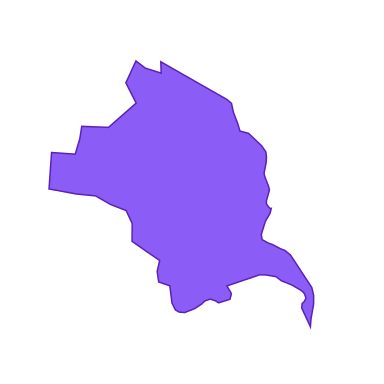 an SVG outline of Jekabpils, rotated 13°
{"feature_id": "LVA-5725", "entity_name": "Jekabpils", "entity_type": "Municipality", "adm_level": 1, "iso_a3": "LVA", "parent_name": "Latvia", "parent_adm1": "", "projection": "robinson", "projection_center": [26.096, 56.281], "detail": "fine", "context": "isolated", "style": "filled", "palette": "violet", "viewbox_px": 384, "rotation_deg": 13, "n_neighbors": 0, "source": "natural_earth", "source_scale": "10m", "svg_char_len": 1211}
<svg xmlns="http://www.w3.org/2000/svg" viewBox="0 0 384 384"><g transform="rotate(13 192 192)"><path d="M225.0,121.8L233.9,122.1L249.6,131.4L255.0,136.4L256.6,140.9L257.6,145.9L258.0,157.5L259.4,160.5L265.6,169.7L267.0,172.6L266.5,183.5L267.0,186.4L268.1,187.7L270.2,189.4L272.2,190.6L272.9,190.2L272.9,194.8L271.8,198.7L270.6,202.2L270.0,205.1L269.1,217.8L271.0,222.6L277.5,224.5L282.4,225.1L291.1,227.4L295.6,228.0L302.1,231.2L318.1,246.5L330.2,258.1L333.8,265.4L335.7,273.9L336.5,288.7L337.7,296.7L325.0,280.4L324.4,275.9L326.0,273.5L326.9,269.9L325.5,267.4L323.5,264.9L320.0,263.2L310.0,260.1L299.0,258.4L292.9,255.6L282.5,256.2L276.5,257.5L247.1,275.7L252.6,281.3L253.3,282.9L253.1,288.0L242.9,294.0L239.1,292.7L233.8,292.3L229.0,295.3L226.7,298.9L221.0,304.9L212.0,311.1L206.5,311.9L202.4,310.7L197.4,304.6L191.5,288.4L179.8,287.2L175.9,277.2L175.9,266.0L163.2,261.0L144.7,253.6L140.8,236.1L132.0,224.9L115.5,222.5L98.9,217.5L79.4,220.0L52.0,221.2L46.3,185.1L69.7,181.4L70.7,165.2L69.8,152.8L96.1,147.8L117.6,117.9L103.0,100.5L107.9,76.9L118.6,81.8L135.2,83.1L132.3,72.1L153.8,78.6L205.2,94.0L210.5,96.7L214.3,104.8L221.4,115.4L225.0,121.8Z" fill="#8b5cf6" stroke="#5b21b6" stroke-width="1.5"/></g></svg>